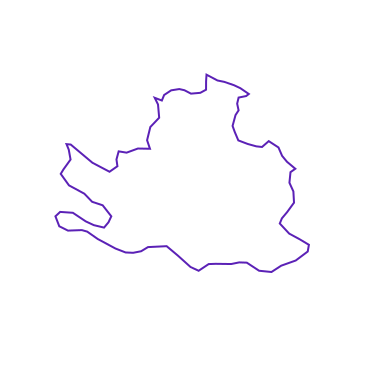 Falköping, Västra Götaland, Sweden, rotated 220°
{"feature_id": "70781695B60471396362754", "entity_name": "Falköping", "entity_type": "district", "adm_level": 2, "iso_a3": "SWE", "parent_name": "Sweden", "parent_adm1": "Västra Götaland", "projection": "natural_earth1", "projection_center": [13.626, 58.177], "detail": "fine", "context": "isolated", "style": "outline", "palette": "violet", "viewbox_px": 384, "rotation_deg": 220, "n_neighbors": 0, "source": "geoboundaries", "source_scale": "gbopen_adm2", "svg_char_len": 1347}
<svg xmlns="http://www.w3.org/2000/svg" viewBox="0 0 384 384"><g transform="rotate(220 192 192)"><path d="M281.1,240.2L274.3,237.2L264.9,227.8L265.7,215.0L259.7,202.8L252.0,198.1L261.4,190.5L267.4,180.1L274.3,176.0L270.8,168.4L265.7,163.8L268.2,154.5L287.1,150.4L315.4,150.4L318.9,148.0L313.6,145.2L305.9,138.8L305.0,126.7L304.2,121.5L290.5,118.0L273.4,121.5L262.2,120.3L251.9,124.4L238.2,121.5L236.5,115.1L236.5,108.2L245.9,103.5L254.5,101.2L269.9,99.5L280.2,92.0L281.0,85.6L271.6,80.4L271.0,80.6L262.2,82.7L251.9,92.0L246.8,94.3L234.0,95.4L214.3,99.5L204.0,103.0L198.0,107.6L192.9,113.9L190.3,121.5L176.6,134.2L162.0,134.2L144.9,133.6L136.8,135.8L136.3,135.9L132.9,147.5L127.7,152.2L115.7,162.0L110.6,168.4L104.6,173.1L90.0,174.8L79.7,181.8L76.3,192.9L68.5,206.2L67.4,210.9L65.1,220.8L68.5,226.7L79.6,224.9L90.8,222.6L104.5,224.3L106.2,229.6L106.2,237.7L107.0,249.4L114.7,257.6L123.3,261.7L129.3,270.5L127.8,276.2L138.7,276.2L146.2,277.6L154.4,281.7L165.9,280.3L167.3,271.5L172.1,268.3L180.2,264.6L189.7,261.3L197.9,265.5L203.4,268.7L208.1,278.9L208.8,284.5L214.2,288.7L217.0,294.3L212.2,300.3L211.5,303.6L221.7,302.6L228.5,300.8L238.1,297.1L244.2,293.8L256.3,291.2L252.4,285.9L247.0,279.4L249.4,273.3L256.0,266.7L263.2,265.1L267.9,262.7L273.3,256.5L275.7,248.4L273.9,242.7L281.1,240.2Z" fill="none" stroke="#5b21b6" stroke-width="2"/></g></svg>